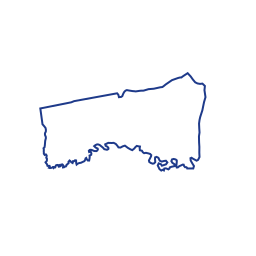 outline of Muar, Johor, Malaysia, rotated 227°
{"feature_id": "92858781B4939885294010", "entity_name": "Muar", "entity_type": "district", "adm_level": 2, "iso_a3": "MYS", "parent_name": "Malaysia", "parent_adm1": "Johor", "projection": "albers", "projection_center": [102.758, 2.134], "detail": "fine", "context": "isolated", "style": "outline", "palette": "blue", "viewbox_px": 256, "rotation_deg": 227, "n_neighbors": 0, "source": "geoboundaries", "source_scale": "gbopen_adm2", "svg_char_len": 3325}
<svg xmlns="http://www.w3.org/2000/svg" viewBox="0 0 256 256"><g transform="rotate(227 128 128)"><path d="M142.3,56.3L142.5,57.4L143.0,58.0L142.9,58.9L142.8,59.8L142.9,60.8L143.8,61.3L144.1,63.1L143.2,63.3L141.5,63.2L140.2,63.6L140.7,64.6L141.2,65.2L140.5,66.0L140.5,67.3L139.7,67.9L138.9,67.2L137.7,66.2L136.3,65.5L136.2,67.0L135.6,68.5L134.7,69.8L133.5,73.5L134.0,75.2L134.7,76.2L134.6,77.0L133.1,76.5L131.5,76.5L130.7,77.4L132.2,79.4L133.3,80.6L134.1,81.1L133.5,82.8L134.4,83.9L136.2,84.6L136.9,83.2L138.0,83.8L138.1,85.0L137.5,85.9L136.7,86.5L134.2,87.6L132.6,89.2L132.5,90.3L133.0,91.5L133.7,91.8L135.7,91.0L137.8,90.9L137.7,92.5L137.1,94.2L136.3,95.0L134.9,95.7L130.6,96.3L128.7,96.2L126.4,97.8L126.0,99.2L126.6,100.0L127.6,100.2L129.0,100.0L130.2,99.5L131.6,100.2L130.6,103.4L128.2,105.8L126.9,107.4L124.7,108.2L122.3,108.1L120.3,107.8L118.8,109.2L118.2,111.6L117.2,113.7L115.6,114.0L113.7,114.3L110.8,115.2L108.9,116.0L108.7,118.7L109.0,120.4L108.9,122.2L107.4,123.2L106.3,124.1L105.1,122.6L103.6,121.5L101.9,122.7L100.2,122.3L98.6,122.6L97.6,124.2L95.5,125.6L93.9,126.5L92.3,126.5L91.6,125.6L90.7,123.2L90.0,121.2L88.7,120.4L86.9,120.8L85.1,121.7L84.4,122.7L84.4,124.5L85.3,125.4L86.6,126.3L88.0,127.8L87.4,129.2L85.5,129.9L82.4,128.9L80.4,129.8L79.3,131.9L78.2,133.4L76.0,133.3L75.5,131.0L77.3,127.1L79.0,127.4L81.2,126.3L80.3,124.2L76.5,123.0L74.2,123.3L73.9,124.7L72.5,125.3L73.6,126.8L73.1,127.7L72.1,128.5L70.2,129.3L70.1,130.7L70.7,131.7L70.0,133.3L68.4,136.0L69.7,137.3L72.3,136.7L74.2,137.1L75.0,138.8L74.2,140.3L72.5,141.4L71.1,141.6L69.9,140.5L68.1,138.4L67.2,137.4L65.9,136.7L65.2,137.5L65.1,139.5L64.4,141.5L63.9,143.1L63.2,143.7L62.0,143.1L60.4,143.0L59.8,143.7L59.4,144.0L58.6,144.0L58.0,143.7L53.9,148.1L55.2,150.3L57.8,150.8L59.6,151.2L61.5,151.7L63.3,153.1L62.9,154.2L61.5,154.5L57.3,155.9L56.9,157.5L58.0,160.5L61.3,163.3L65.5,167.3L68.9,170.1L73.5,174.2L75.9,177.2L79.3,180.0L82.8,183.0L85.1,185.8L86.8,188.3L90.2,194.4L95.1,201.3L97.7,205.7L103.5,209.7L106.3,212.9L109.7,212.7L111.1,210.8L113.2,209.2L115.6,208.3L119.2,208.5L122.9,209.0L127.2,209.0L127.4,209.0L128.1,205.1L128.5,202.5L128.5,201.6L129.4,200.6L130.4,198.8L133.0,192.8L134.1,185.5L134.2,184.3L134.3,182.7L134.5,181.1L135.8,179.3L139.1,173.7L142.4,169.5L144.7,164.9L146.8,162.5L149.5,158.6L150.7,157.6L151.9,156.5L153.3,155.4L155.0,154.1L156.5,153.0L157.0,151.7L157.0,150.2L156.7,149.0L156.1,147.4L155.2,145.6L155.4,144.2L156.7,142.4L158.9,143.6L160.8,143.7L184.4,106.9L185.5,104.0L202.1,77.2L189.0,68.0L188.0,68.0L186.0,67.9L184.2,67.7L182.5,66.6L181.4,65.4L180.8,63.7L179.6,62.6L177.5,61.8L176.5,60.9L175.1,58.7L171.9,55.2L170.8,53.7L170.8,52.4L169.3,51.5L168.7,50.7L167.4,49.7L166.6,48.9L165.1,48.7L164.7,49.9L163.4,49.8L162.4,48.7L162.0,47.9L160.9,47.8L159.8,46.8L159.2,45.8L159.2,45.1L159.2,44.3L158.2,44.1L157.0,44.1L155.2,43.3L154.6,44.0L153.8,44.8L152.7,44.3L152.9,43.7L152.8,43.1L152.0,43.5L151.0,45.0L150.7,45.5L150.7,46.5L150.2,47.0L149.5,46.6L149.5,47.3L148.9,47.7L149.0,48.4L149.5,49.1L149.8,49.8L149.5,50.6L149.2,51.1L148.7,51.5L148.2,51.2L147.6,51.2L147.8,52.0L147.6,52.6L147.2,52.2L146.7,51.4L146.3,52.0L146.1,52.8L146.1,53.4L146.5,54.3L146.5,54.7L146.1,55.2L145.3,55.2L144.7,55.0L144.2,54.7L143.9,54.0L143.5,53.6L142.9,54.4L142.8,55.2L142.8,55.8L142.3,56.3Z" fill="none" stroke="#1e3a8a" stroke-width="2"/></g></svg>